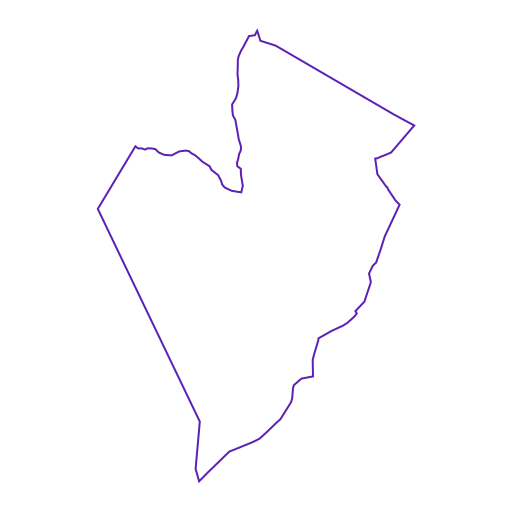 the district of San Antonio Sinicahua, Oaxaca, Mexico
{"feature_id": "50627088B26759671205553", "entity_name": "San Antonio Sinicahua", "entity_type": "district", "adm_level": 2, "iso_a3": "MEX", "parent_name": "Mexico", "parent_adm1": "Oaxaca", "projection": "robinson", "projection_center": [-97.572, 17.151], "detail": "fine", "context": "isolated", "style": "outline", "palette": "violet", "viewbox_px": 512, "rotation_deg": 0, "n_neighbors": 0, "source": "geoboundaries", "source_scale": "gbopen_adm2", "svg_char_len": 1573}
<svg xmlns="http://www.w3.org/2000/svg" viewBox="0 0 512 512"><path d="M291.0,402.3L292.2,398.4L293.0,388.2L293.9,385.1L301.4,378.6L313.0,376.4L312.7,359.9L314.1,354.3L318.2,340.7L318.5,338.3L331.8,330.8L343.1,325.6L347.3,322.9L354.6,316.3L356.8,313.4L355.4,311.1L359.2,307.1L359.9,306.4L364.3,301.8L370.5,283.4L370.8,281.6L369.0,273.6L372.7,265.9L374.9,263.7L375.3,263.4L376.1,262.6L380.5,249.9L384.8,236.3L399.6,204.7L395.4,200.4L388.2,189.5L387.2,187.1L386.3,186.7L377.4,174.2L375.2,158.6L377.6,158.2L380.8,156.7L385.3,155.0L391.1,152.5L414.2,125.5L393.9,114.5L275.6,45.6L260.4,40.8L257.2,30.7L257.0,31.0L254.9,35.2L249.0,36.1L243.0,47.5L241.2,50.4L238.7,56.0L237.8,60.1L237.8,64.7L237.7,68.5L237.5,74.2L238.2,79.9L238.4,86.0L237.4,93.1L236.0,98.1L234.2,101.1L232.1,104.4L232.3,109.3L232.8,114.9L232.9,115.3L235.4,120.1L236.2,124.8L237.6,132.3L238.7,139.0L241.0,146.5L240.8,150.4L239.1,154.0L238.2,159.1L237.0,162.7L237.3,166.2L240.8,168.8L240.9,173.9L241.4,177.5L242.8,185.8L241.3,192.3L237.6,191.8L231.7,190.8L224.7,187.5L222.1,184.4L221.2,181.1L218.2,175.2L215.2,172.9L211.4,169.9L209.7,166.3L202.5,161.8L198.6,158.2L195.4,155.5L191.3,153.2L188.9,151.1L185.6,150.6L179.3,151.4L171.6,155.4L164.4,154.9L158.8,152.5L155.3,149.1L152.0,148.5L147.6,148.3L145.0,149.6L142.0,148.4L138.1,148.4L135.4,146.3L115.7,179.1L97.8,208.9L124.8,265.3L199.8,421.6L195.6,468.9L199.1,481.3L208.2,472.1L229.3,451.6L232.5,450.3L240.4,447.1L252.2,442.3L255.7,440.6L259.5,438.7L266.3,432.5L276.8,422.4L280.3,419.3L283.5,414.3L291.0,402.3Z" fill="none" stroke="#5b21b6" stroke-width="2"/></svg>